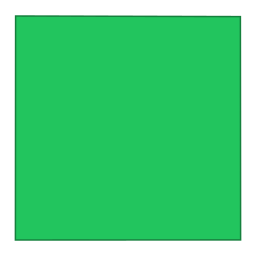 Roberts, Texas, United States of America (Natural Earth projection)
{"feature_id": "52423323B43933736406095", "entity_name": "Roberts", "entity_type": "district", "adm_level": 2, "iso_a3": "USA", "parent_name": "United States of America", "parent_adm1": "Texas", "projection": "natural_earth1", "projection_center": [-100.882, 35.838], "detail": "fine", "context": "isolated", "style": "filled", "palette": "green", "viewbox_px": 256, "rotation_deg": 0, "n_neighbors": 0, "source": "geoboundaries", "source_scale": "gbopen_adm2", "svg_char_len": 218}
<svg xmlns="http://www.w3.org/2000/svg" viewBox="0 0 256 256"><path d="M15.6,17.2L15.4,236.8L15.4,240.0L240.6,239.9L240.4,16.6L237.7,16.6L15.6,16.0L15.6,17.2Z" fill="#22c55e" stroke="#15803d" stroke-width="1.5"/></svg>